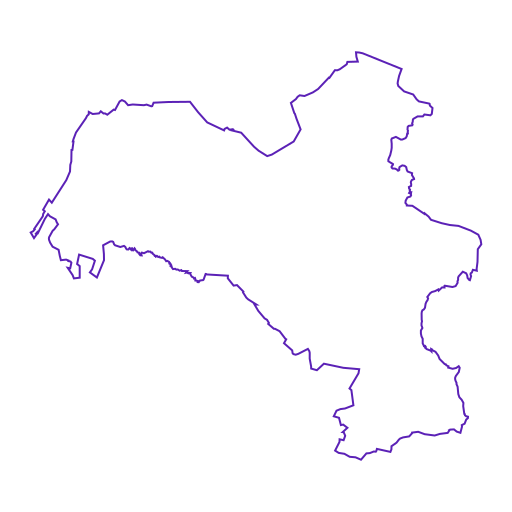 Lūznavas pag., Rezeknes, Latvia (Albers equal-area conic projection)
{"feature_id": "27541924B86453491485354", "entity_name": "Lūznavas pag.", "entity_type": "district", "adm_level": 2, "iso_a3": "LVA", "parent_name": "Latvia", "parent_adm1": "Rezeknes", "projection": "albers", "projection_center": [27.295, 56.354], "detail": "fine", "context": "isolated", "style": "outline", "palette": "violet", "viewbox_px": 512, "rotation_deg": 0, "n_neighbors": 0, "source": "geoboundaries", "source_scale": "gbopen_adm2", "svg_char_len": 6036}
<svg xmlns="http://www.w3.org/2000/svg" viewBox="0 0 512 512"><path d="M476.8,270.7L476.6,269.1L477.5,261.9L477.8,249.2L481.3,244.3L480.6,239.9L478.3,234.7L470.8,230.6L458.5,225.9L449.8,225.0L441.7,223.2L431.0,219.8L428.6,216.6L424.6,213.3L424.4,213.9L412.4,205.8L406.8,205.5L406.8,204.6L405.4,202.9L405.7,200.6L407.4,197.5L410.4,196.5L411.1,195.3L410.9,194.0L411.1,192.7L409.9,193.4L409.1,193.0L410.1,191.2L409.7,190.4L410.0,189.5L409.1,188.6L408.9,187.0L411.1,185.9L411.2,184.2L410.8,182.2L411.1,181.3L412.0,179.9L414.1,179.1L414.0,178.4L411.9,175.0L412.1,173.2L407.6,171.5L406.8,169.9L406.2,167.1L404.6,165.8L402.3,165.4L399.6,167.0L399.2,168.2L399.3,169.9L398.5,170.6L397.8,170.6L396.9,169.5L395.0,168.6L392.5,168.5L391.6,167.5L391.6,166.5L392.9,164.8L393.0,164.1L388.4,161.3L388.3,159.8L388.8,158.2L390.2,155.1L391.3,150.5L391.7,147.8L391.7,143.7L391.3,139.8L391.8,138.5L395.9,136.9L400.9,139.6L402.4,139.5L405.6,138.1L406.7,136.4L407.2,133.6L407.9,133.5L407.7,131.8L408.0,130.8L407.5,129.5L407.7,126.9L408.6,125.9L412.3,125.3L412.6,124.5L412.1,123.3L412.7,121.9L412.9,119.7L413.3,118.9L417.6,116.4L422.9,116.4L424.4,114.5L430.4,115.3L431.8,113.9L432.5,108.0L429.9,105.6L429.6,103.8L429.3,103.6L418.9,101.4L416.6,99.3L413.2,94.5L404.1,91.4L398.3,86.0L397.6,83.5L397.9,81.3L399.1,75.9L401.6,69.0L362.7,53.3L359.1,52.5L356.0,52.3L356.4,56.8L357.8,61.6L347.4,61.9L346.7,64.3L339.7,69.3L337.3,70.3L334.9,70.2L329.4,77.9L328.9,77.6L318.1,89.0L312.9,92.4L304.5,96.0L299.7,95.3L297.6,96.8L295.9,99.1L290.9,102.9L294.3,113.1L294.9,113.8L296.5,118.7L300.6,129.4L293.7,141.5L271.8,154.6L267.2,156.1L258.6,150.7L254.0,146.7L241.2,132.7L233.0,130.7L233.5,130.5L233.5,129.7L232.8,129.2L229.5,129.7L227.1,127.6L224.6,128.9L224.1,130.4L207.2,122.4L198.1,112.2L190.0,101.8L168.4,102.0L153.6,102.7L152.2,106.1L151.3,106.3L146.6,104.6L143.9,105.2L132.7,104.5L128.1,105.2L124.9,101.5L121.9,100.1L119.6,101.5L115.0,110.0L113.7,109.6L107.3,114.7L105.0,113.4L103.5,113.5L100.8,111.3L99.0,113.4L92.7,114.0L88.8,111.9L88.7,114.4L87.1,115.8L85.9,118.2L76.0,132.5L73.5,139.1L72.8,141.5L73.5,141.6L72.4,149.9L71.5,150.0L71.3,161.5L70.3,164.9L70.0,171.5L66.3,180.1L51.8,202.7L49.0,199.6L43.1,209.8L44.8,211.3L43.2,213.9L42.8,216.3L34.2,228.9L34.7,229.4L33.2,231.2L30.7,232.5L34.0,238.1L36.8,234.2L35.9,233.7L37.5,231.9L38.1,232.7L44.9,218.8L48.0,214.1L49.8,216.2L55.6,219.4L56.8,222.4L58.0,224.3L54.2,229.4L52.7,230.7L49.1,237.2L48.9,238.3L49.0,239.7L50.1,242.6L52.6,246.7L58.6,249.8L59.8,255.9L60.9,260.2L66.1,259.6L68.5,260.5L68.4,261.1L70.5,261.5L71.4,262.7L70.2,268.3L67.7,267.8L72.6,275.1L73.9,278.4L79.7,277.7L79.7,266.1L77.1,264.0L79.1,254.6L92.8,258.9L94.9,260.7L92.1,269.3L89.9,272.4L96.9,277.5L104.0,260.2L103.9,254.0L103.1,245.3L110.2,241.5L112.2,241.4L113.2,241.9L114.1,244.3L115.1,245.3L120.3,247.0L124.0,245.9L125.3,246.9L126.1,248.6L126.8,249.4L128.3,249.5L129.5,248.1L130.9,249.5L131.0,248.4L132.1,248.3L132.4,250.0L133.0,250.4L134.5,248.3L135.1,249.1L135.2,250.0L137.0,251.4L137.5,252.4L139.1,252.7L139.2,254.0L140.3,255.3L141.6,255.4L141.0,253.5L141.8,252.6L144.0,253.2L148.0,251.2L148.7,251.7L150.4,251.6L151.3,252.7L152.3,252.7L152.7,253.7L154.3,255.0L154.7,255.9L155.7,255.8L155.9,256.6L157.1,256.0L158.2,257.0L159.3,256.7L159.6,257.3L162.1,257.9L162.7,257.3L165.0,259.4L166.2,261.2L167.3,260.9L169.1,261.9L169.3,263.2L169.9,263.0L170.5,263.8L170.3,264.3L171.2,265.0L171.4,265.8L170.8,266.1L171.6,266.6L171.5,267.0L173.0,269.1L175.2,268.8L176.3,269.6L177.8,269.5L179.7,270.7L181.3,270.1L181.9,271.0L186.3,271.1L185.8,271.4L186.6,272.0L186.1,272.7L187.5,272.4L187.6,272.9L188.3,273.3L188.8,272.8L190.4,273.0L190.0,273.6L191.8,276.7L193.5,277.5L194.1,278.6L195.0,278.1L195.6,279.9L195.4,280.5L197.9,281.0L197.7,282.1L198.7,282.2L200.0,280.5L203.1,280.1L203.6,279.6L205.9,273.2L206.0,274.4L227.9,275.7L227.8,278.3L233.6,285.6L237.0,285.1L243.4,291.6L243.0,292.4L246.3,297.6L248.1,299.3L256.3,304.5L254.5,304.5L258.3,310.9L264.6,318.4L267.0,319.8L268.9,322.9L268.2,323.9L273.9,328.8L275.0,328.8L279.6,331.2L285.3,338.7L286.2,339.3L284.0,343.2L292.2,350.4L292.6,353.2L293.4,354.1L295.7,354.7L298.2,353.9L307.9,348.9L309.3,351.1L309.7,352.8L309.7,358.7L311.1,366.3L311.2,368.6L316.9,370.2L323.9,363.7L343.3,367.8L359.2,369.2L358.5,373.3L349.5,388.5L351.4,390.1L353.4,405.3L345.0,408.5L340.4,409.1L336.5,410.7L333.8,416.3L339.0,417.8L340.9,425.1L343.2,424.6L347.4,427.8L342.7,432.1L343.7,432.2L345.2,435.8L343.6,440.2L339.6,439.3L339.5,441.9L335.1,450.6L338.7,452.9L344.4,453.8L349.7,456.8L355.5,457.3L361.0,459.7L366.4,453.4L369.8,453.1L373.8,451.5L375.8,451.7L376.4,450.8L376.9,448.9L390.4,451.9L391.4,449.4L391.5,446.2L396.5,442.7L398.9,439.6L400.2,438.5L403.1,437.4L409.2,436.4L412.1,433.2L412.1,432.6L418.2,431.8L424.7,434.2L434.7,435.5L439.9,433.9L447.7,432.9L449.3,430.5L449.1,430.2L450.1,429.6L454.0,429.4L456.7,431.6L460.4,432.8L462.0,426.7L461.8,425.1L464.6,423.7L466.2,419.6L467.9,418.1L468.0,416.7L466.1,416.2L465.0,415.3L464.7,414.0L464.3,413.9L463.2,406.1L463.4,402.9L461.7,399.8L459.4,397.3L458.3,394.1L457.6,386.7L456.5,384.2L456.5,382.8L455.5,380.7L455.1,378.9L455.2,377.5L455.9,375.9L458.8,372.0L459.7,367.8L458.7,366.2L456.1,368.0L452.6,368.8L448.2,367.6L448.5,366.3L446.3,365.3L445.8,364.3L444.7,364.1L439.6,359.0L438.2,355.5L435.5,351.8L432.2,350.1L432.1,349.5L431.2,349.0L431.4,351.4L430.6,350.6L426.7,349.1L425.1,347.7L425.8,347.0L425.1,345.9L423.9,346.0L423.7,345.2L424.3,344.6L423.5,345.0L422.7,343.4L422.7,338.8L421.5,336.4L420.9,333.6L420.9,330.5L422.4,328.0L421.5,325.4L421.5,323.4L422.0,321.2L421.7,319.8L421.6,313.4L421.8,311.8L422.4,310.3L423.9,309.4L425.0,307.7L425.6,303.7L426.5,301.6L427.5,300.3L428.1,298.3L427.3,297.0L430.2,293.2L431.9,292.0L435.1,291.1L438.3,289.4L438.7,290.6L442.1,287.4L444.5,287.5L444.4,286.0L444.7,285.7L452.5,287.0L455.6,286.1L457.6,282.8L457.5,281.2L458.1,279.9L458.1,277.7L458.6,276.4L462.8,271.7L466.2,273.3L467.2,275.5L467.6,278.0L469.3,280.0L469.9,280.2L471.1,276.1L470.5,274.4L470.7,273.3L471.9,272.5L472.9,269.8L476.8,270.7Z" fill="none" stroke="#5b21b6" stroke-width="2"/></svg>